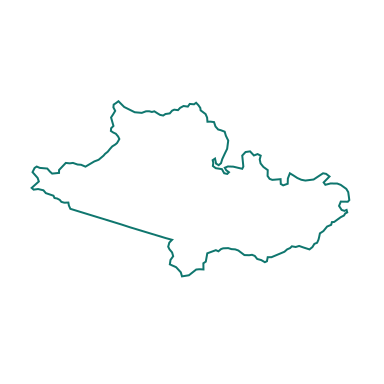 outline of Montenegro, Rio Grande do Sul, Brazil, rotated 320°
{"feature_id": "56859067B94353627471018", "entity_name": "Montenegro", "entity_type": "district", "adm_level": 2, "iso_a3": "BRA", "parent_name": "Brazil", "parent_adm1": "Rio Grande do Sul", "projection": "mercator", "projection_center": [-51.488, -29.71], "detail": "fine", "context": "isolated", "style": "outline", "palette": "teal", "viewbox_px": 384, "rotation_deg": 320, "n_neighbors": 0, "source": "geoboundaries", "source_scale": "gbopen_adm2", "svg_char_len": 2780}
<svg xmlns="http://www.w3.org/2000/svg" viewBox="0 0 384 384"><g transform="rotate(320 192 192)"><path d="M71.8,85.8L72.2,88.4L76.0,90.8L79.3,95.2L79.3,98.9L83.5,105.8L82.8,108.2L84.5,110.3L85.6,113.0L85.6,115.6L87.3,118.1L90.5,120.6L89.0,123.2L88.0,126.7L117.1,171.6L121.9,179.3L142.3,210.5L146.0,215.8L142.1,216.2L138.6,218.6L137.9,221.5L137.9,225.5L136.3,229.1L131.9,230.2L128.5,233.2L131.5,239.4L131.8,246.3L130.1,250.2L136.1,253.8L145.4,254.1L148.0,255.9L151.0,258.7L154.9,253.9L157.8,254.2L164.3,248.8L168.2,250.2L172.9,251.9L174.1,254.4L177.6,254.4L179.7,255.2L183.7,258.3L185.5,261.1L188.2,263.7L189.9,266.6L191.6,274.0L195.2,277.2L197.6,278.7L199.0,281.3L198.9,285.2L201.3,288.7L202.7,292.6L204.9,293.2L208.1,290.6L210.9,293.0L224.4,297.2L228.0,297.1L231.1,298.0L233.6,297.8L236.1,300.8L239.4,302.2L241.7,306.1L245.1,311.5L248.8,311.6L252.4,310.4L255.2,311.3L258.3,309.8L260.5,308.2L263.4,305.9L267.5,306.4L273.3,305.3L277.5,306.6L279.8,305.0L281.6,306.3L289.8,306.9L293.3,307.7L295.6,306.9L297.8,307.4L298.9,305.1L296.6,304.4L295.1,301.9L295.7,297.2L299.8,295.0L305.1,299.6L307.3,299.3L309.1,296.5L311.6,292.5L312.2,288.8L310.5,282.1L308.7,278.9L303.6,274.5L298.8,272.2L299.0,269.3L307.3,268.5L306.4,264.3L304.4,261.9L300.2,261.4L293.2,260.6L286.2,256.1L283.6,252.9L281.7,249.0L280.3,244.4L279.0,240.6L274.1,243.3L270.6,247.2L266.1,245.5L265.2,242.9L268.1,239.1L263.4,235.8L261.3,234.3L259.9,231.8L260.2,228.3L264.1,223.9L262.8,218.7L262.9,214.2L264.8,210.6L268.0,208.3L266.6,205.1L262.9,203.8L262.6,198.2L258.7,195.8L253.9,196.4L247.7,205.5L245.4,206.5L243.9,204.5L239.9,199.1L235.9,195.5L232.7,194.5L232.2,197.3L233.0,200.6L230.6,200.8L228.7,198.3L229.6,193.7L225.5,189.0L224.7,185.5L227.0,183.4L228.3,180.9L231.1,181.2L228.7,185.7L229.7,188.6L232.7,188.6L236.4,186.2L242.0,183.6L246.7,181.5L252.8,175.9L254.1,170.7L255.8,166.8L253.8,163.2L252.2,160.9L252.1,156.9L253.8,152.6L251.4,150.0L249.0,148.1L251.4,144.7L252.5,141.0L251.1,135.0L252.4,132.9L252.7,129.7L252.5,126.3L249.9,126.1L246.9,123.1L243.7,123.9L240.8,120.7L237.0,119.9L233.9,120.3L231.3,117.5L229.0,116.9L225.5,117.5L221.8,115.2L219.1,114.9L217.1,112.4L216.1,109.5L215.0,106.0L212.7,104.9L211.1,102.6L208.6,100.6L204.4,99.1L201.4,96.1L199.4,94.1L194.7,83.3L194.0,75.2L190.8,75.0L188.2,74.7L186.2,76.6L185.3,80.5L181.5,81.8L177.9,82.9L174.3,90.9L171.0,91.2L169.1,93.1L169.9,95.8L171.1,98.4L171.1,101.9L170.4,104.7L168.3,105.5L166.0,106.3L163.8,106.3L160.2,105.8L156.8,106.3L153.3,107.0L149.9,106.9L147.6,107.3L144.5,107.3L141.2,107.3L139.1,106.6L136.9,105.8L126.7,104.1L124.5,99.8L122.0,97.4L119.5,93.2L116.8,91.5L114.0,88.6L104.3,89.7L102.4,91.9L96.7,88.0L96.3,85.2L96.2,81.0L90.9,75.7L89.4,72.7L86.9,72.4L82.6,74.3L82.8,82.0L81.4,85.5L71.8,85.8Z" fill="none" stroke="#0f766e" stroke-width="2"/></g></svg>